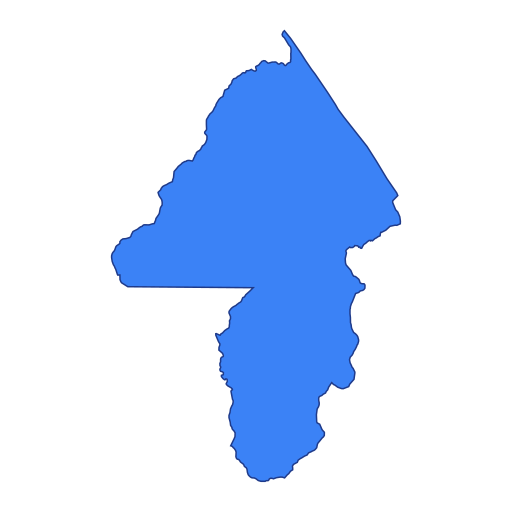 Matina, Limón, Costa Rica
{"feature_id": "36466004B83376986375247", "entity_name": "Matina", "entity_type": "district", "adm_level": 2, "iso_a3": "CRI", "parent_name": "Costa Rica", "parent_adm1": "Limón", "projection": "natural_earth1", "projection_center": [-83.304, 10.011], "detail": "fine", "context": "isolated", "style": "filled", "palette": "blue", "viewbox_px": 512, "rotation_deg": 0, "n_neighbors": 0, "source": "geoboundaries", "source_scale": "gbopen_adm2", "svg_char_len": 6043}
<svg xmlns="http://www.w3.org/2000/svg" viewBox="0 0 512 512"><path d="M392.7,200.8L397.8,195.6L396.7,192.9L387.0,178.8L376.4,161.2L367.0,146.4L344.1,117.4L338.1,109.3L335.4,104.5L327.5,92.3L315.2,74.2L311.4,69.2L305.5,60.5L300.8,53.1L290.6,38.4L284.4,30.7L283.2,31.8L282.1,34.4L282.6,36.1L284.5,37.9L288.7,44.9L290.4,46.7L290.8,47.9L291.0,49.0L291.0,52.5L290.8,53.2L290.9,59.1L290.6,59.9L290.6,61.6L290.1,62.4L288.4,62.9L286.8,64.2L285.9,65.4L285.2,65.6L284.4,65.1L283.3,63.6L281.7,62.9L281.0,62.9L279.3,64.1L278.0,63.9L277.4,63.2L275.8,62.0L272.1,62.1L268.7,63.1L268.0,63.1L265.1,60.8L263.6,60.7L261.6,61.5L261.0,62.5L260.0,63.4L259.2,64.6L257.4,65.8L256.6,66.0L255.7,66.7L255.7,67.5L256.3,69.4L256.3,70.4L255.2,71.2L254.3,71.0L252.3,70.1L251.5,69.4L250.4,69.8L249.8,70.3L248.7,70.6L246.4,70.8L246.0,71.3L245.7,72.4L245.4,72.7L244.6,72.9L244.4,72.7L243.4,72.7L242.4,73.0L241.4,74.1L239.7,75.5L237.6,76.5L236.0,78.1L233.6,78.8L232.2,80.7L231.8,82.4L231.0,84.1L229.1,85.9L228.6,88.3L224.7,90.2L222.9,96.5L220.7,97.7L219.0,99.4L216.7,103.1L215.9,104.8L215.9,105.7L215.4,106.3L214.3,108.1L213.1,110.7L212.2,111.9L209.6,114.3L209.4,114.9L208.4,116.2L208.1,117.0L206.6,119.4L206.4,120.6L206.4,124.7L206.6,129.1L206.4,129.9L204.7,132.1L204.7,133.0L204.9,133.5L206.6,135.3L207.0,136.3L206.9,139.4L205.7,142.6L204.4,144.5L202.2,146.1L202.2,146.5L201.4,147.6L200.9,148.9L199.5,150.5L197.9,151.3L196.8,152.2L196.3,152.9L195.8,154.6L195.1,155.1L194.5,157.0L193.7,158.3L193.3,159.7L192.3,161.0L189.0,160.4L187.7,160.5L186.7,160.8L186.2,161.3L184.6,161.6L182.2,163.0L181.1,164.2L178.3,166.4L178.2,166.7L177.8,167.0L177.1,168.0L174.1,171.5L173.5,177.7L172.6,180.1L172.6,180.9L172.3,181.7L169.0,183.1L167.8,183.8L166.8,184.5L164.2,185.6L162.4,186.7L162.1,187.4L161.2,188.3L160.7,189.8L158.1,192.3L158.1,192.7L158.9,195.2L159.6,196.6L161.5,199.4L161.9,200.5L162.2,202.7L162.1,205.1L160.9,206.9L160.3,208.1L159.3,213.4L158.4,215.0L156.0,218.4L155.4,220.8L155.0,221.5L154.3,223.5L152.2,223.9L149.1,224.9L144.5,224.8L143.5,225.0L142.4,225.9L142.2,226.3L140.7,226.8L139.3,227.7L137.5,229.2L133.0,231.5L131.4,234.6L130.8,236.5L129.7,237.5L126.1,238.6L122.9,238.9L121.1,240.1L119.9,241.7L119.9,243.2L119.5,243.8L116.6,245.8L115.9,246.7L114.7,250.1L113.7,251.6L113.3,251.9L112.6,252.9L112.1,253.9L111.6,255.8L111.6,257.6L112.2,261.4L112.8,263.1L113.4,264.7L114.3,266.1L115.2,268.3L115.7,269.2L117.4,274.4L117.8,275.1L119.9,275.0L120.0,279.6L120.9,281.8L121.6,282.8L127.8,286.7L253.2,287.7L249.7,291.2L245.7,294.8L244.5,296.9L243.0,297.5L242.7,297.8L241.3,301.2L240.5,302.1L238.7,303.1L237.4,304.2L237.0,304.4L236.0,305.4L233.3,306.8L232.2,307.6L231.1,308.6L229.3,311.0L229.0,311.8L229.0,313.0L230.5,316.5L230.5,318.8L229.4,321.0L229.6,321.6L229.6,323.5L229.3,325.3L229.3,326.7L228.8,327.9L228.4,328.3L227.4,328.7L224.8,330.5L222.5,333.0L220.9,333.9L220.2,335.2L219.9,335.2L216.3,333.6L215.8,333.7L215.8,335.1L216.3,336.4L218.5,341.6L219.9,343.9L219.8,345.2L219.0,347.3L218.9,350.1L222.5,353.3L223.3,355.2L223.3,356.3L223.1,356.6L221.5,357.3L220.8,358.3L220.6,359.3L220.6,361.7L219.9,363.5L220.0,365.6L220.7,366.9L220.7,367.5L219.9,369.2L220.1,370.5L220.6,371.3L222.4,371.8L223.4,372.6L223.3,374.7L221.4,375.3L221.4,376.6L223.1,378.7L224.6,379.8L225.1,379.8L225.8,378.9L226.8,379.1L227.1,379.4L227.3,381.5L226.2,383.6L226.4,384.5L227.7,385.8L231.1,387.8L232.2,388.9L232.4,389.5L232.4,389.8L231.8,390.0L231.3,390.5L231.0,391.4L232.5,399.3L233.2,400.7L233.1,402.4L232.6,404.6L231.8,405.9L230.5,408.9L230.0,412.5L229.0,415.4L229.0,417.7L230.2,422.1L230.6,425.4L231.9,427.4L232.1,428.7L232.6,429.5L233.9,430.8L235.1,432.8L235.0,436.6L234.1,438.8L230.7,445.8L232.3,446.4L233.3,447.7L234.2,448.4L235.6,450.5L236.1,452.1L235.9,456.8L236.6,458.6L237.4,459.2L238.4,459.4L239.3,460.1L240.5,462.0L243.4,464.2L244.0,465.3L244.4,466.4L246.3,467.8L247.0,469.3L247.4,472.3L248.2,474.7L249.0,475.7L250.5,477.1L251.9,477.8L254.4,478.0L256.2,478.9L258.2,480.5L260.9,481.3L265.2,481.3L266.1,480.7L268.2,480.6L268.6,480.3L269.4,478.9L270.5,478.3L271.9,478.3L273.5,478.8L276.4,477.7L280.1,477.1L282.2,477.1L284.6,477.9L287.4,474.7L288.7,473.7L290.5,471.2L292.7,469.8L292.7,467.8L292.5,467.0L292.5,466.0L293.5,464.4L297.3,462.3L298.2,460.1L300.9,458.2L301.2,458.2L304.7,456.0L307.1,455.0L308.5,452.9L311.7,451.5L312.2,451.1L314.0,450.4L315.2,449.5L316.7,447.7L317.4,444.3L317.9,443.2L322.3,437.8L323.4,436.9L324.3,435.5L324.4,432.7L324.3,432.2L322.4,430.1L321.8,429.1L319.7,424.2L317.2,422.9L316.7,421.8L316.4,414.7L317.1,409.3L317.5,408.3L318.4,406.9L319.0,405.3L319.2,404.1L319.2,402.8L318.7,400.3L318.7,398.1L318.9,397.2L320.0,396.2L321.8,395.5L323.2,394.2L325.5,393.0L326.3,391.3L327.7,389.8L328.6,387.2L331.7,382.6L333.5,384.5L334.9,385.1L337.7,387.2L341.5,388.6L343.2,388.7L348.7,386.6L349.7,384.2L354.0,379.3L354.9,372.8L354.8,371.9L353.1,368.4L351.9,366.9L351.4,365.5L350.1,362.8L349.5,359.7L350.2,357.2L352.2,355.0L353.2,353.1L353.6,351.7L355.2,349.3L356.5,346.7L357.2,344.8L357.8,344.1L358.6,341.2L358.6,339.9L357.8,336.8L357.0,335.4L355.6,333.9L353.6,332.4L351.8,328.7L351.4,327.2L351.1,324.7L350.5,322.7L350.4,317.3L350.0,313.9L350.0,309.4L350.3,308.6L350.4,306.7L351.4,303.6L352.3,301.9L355.6,293.5L358.3,292.6L358.9,292.3L360.3,290.9L362.7,290.4L364.0,289.5L364.9,288.2L365.0,285.4L364.8,284.7L364.1,283.8L361.9,283.7L360.4,283.1L359.9,282.2L359.3,280.2L358.7,279.2L356.1,277.0L355.0,276.4L353.5,276.1L352.4,274.2L350.8,270.4L346.1,264.9L345.5,262.9L345.2,258.8L346.4,253.2L346.3,252.3L345.9,251.4L345.9,250.6L346.8,249.4L349.7,247.0L350.5,247.6L352.7,247.5L354.4,246.3L354.7,245.6L357.6,245.8L358.4,246.6L358.7,247.2L359.6,247.0L360.0,247.2L360.4,248.1L361.6,248.3L361.9,248.0L362.4,246.8L363.8,244.5L365.8,243.2L367.2,241.9L369.0,240.5L370.2,240.4L370.4,240.9L370.7,240.9L371.6,240.4L372.5,240.8L374.9,238.6L376.2,238.0L378.2,236.6L380.1,235.8L380.3,233.8L380.8,232.3L381.6,232.3L385.8,230.2L390.0,226.3L395.1,225.2L396.9,225.3L400.3,223.8L400.4,221.2L399.8,216.8L397.8,212.1L395.6,209.7L392.7,202.6L392.7,200.8Z" fill="#3b82f6" stroke="#1e3a8a" stroke-width="1.5"/></svg>